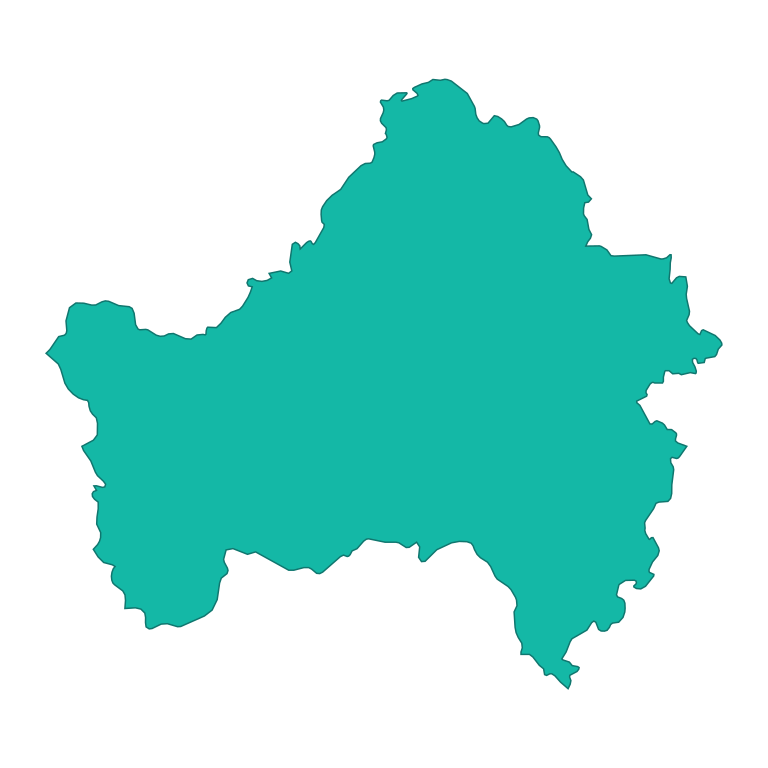 SVG path tracing the border of Bryansk
{"feature_id": "RUS-2342", "entity_name": "Bryansk", "entity_type": "Region", "adm_level": 1, "iso_a3": "RUS", "parent_name": "Russia", "parent_adm1": "", "projection": "orthographic", "projection_center": [33.801, 52.93], "detail": "fine", "context": "isolated", "style": "filled", "palette": "teal", "viewbox_px": 768, "rotation_deg": 0, "n_neighbors": 0, "source": "natural_earth", "source_scale": "10m", "svg_char_len": 6063}
<svg xmlns="http://www.w3.org/2000/svg" viewBox="0 0 768 768"><path d="M288.6,273.3L291.8,270.9L289.8,262.1L292.3,244.3L295.4,242.3L298.0,243.7L299.8,245.8L300.2,249.0L306.6,242.6L308.6,241.3L310.2,240.9L311.0,241.4L312.2,243.6L313.6,244.4L315.3,242.6L323.8,227.5L324.3,224.4L322.1,222.3L321.6,220.4L321.1,214.4L321.3,210.0L322.6,206.7L326.7,200.6L332.1,195.3L340.7,189.4L348.8,177.2L361.0,165.7L365.2,163.5L370.3,163.2L372.1,162.1L374.0,157.5L374.8,154.1L374.7,152.0L373.2,145.9L373.6,144.5L377.0,142.8L382.3,141.8L386.3,138.9L387.1,137.4L386.2,134.3L385.4,133.6L386.4,129.9L386.1,127.7L381.6,123.2L380.4,120.8L380.5,118.5L383.2,112.7L383.8,110.0L383.4,107.1L380.4,102.1L380.7,100.8L381.5,100.1L387.1,100.8L389.1,100.3L393.2,95.5L397.2,93.0L406.7,92.8L407.0,93.4L406.5,94.2L401.6,99.8L401.4,100.6L402.0,101.1L411.4,98.7L417.6,96.0L418.0,95.3L417.1,93.4L412.9,89.8L412.8,88.5L414.5,87.3L422.0,83.9L428.4,82.4L432.9,79.5L440.3,80.3L444.9,79.3L447.2,79.6L451.4,81.1L467.3,93.5L474.4,106.4L475.1,108.4L475.8,114.3L477.1,117.8L479.2,120.9L482.5,123.1L483.8,123.6L488.0,123.2L494.3,115.7L497.8,116.5L501.6,118.9L504.4,121.5L506.8,125.3L508.2,126.5L511.1,126.9L519.0,124.5L526.6,119.0L529.1,117.9L533.2,117.6L536.7,119.1L538.0,120.8L539.5,125.6L539.6,127.2L538.3,133.0L538.6,135.1L540.9,136.7L547.4,136.8L549.2,137.7L550.6,139.2L556.0,146.8L559.4,152.7L562.2,159.4L566.1,165.8L571.9,172.0L573.2,171.9L580.5,176.7L583.4,180.0L587.8,195.0L591.4,198.8L588.5,202.1L584.8,202.7L583.6,208.0L583.5,213.9L584.2,215.7L587.1,219.5L588.9,229.4L591.6,234.7L590.4,238.3L587.7,241.8L585.8,246.1L599.4,245.9L601.1,246.4L606.9,249.9L611.0,255.7L614.4,256.1L646.0,254.8L661.0,259.0L663.0,258.9L666.6,257.8L670.0,254.7L671.1,254.8L671.2,257.8L670.3,262.8L670.1,269.5L669.1,278.8L670.4,282.9L671.8,283.4L676.5,277.8L679.3,276.4L685.8,276.9L687.4,286.3L686.2,294.3L686.6,298.5L689.5,311.3L689.1,314.7L686.6,320.5L687.5,322.7L689.5,325.7L698.1,333.8L699.9,334.5L701.6,330.6L703.2,329.8L715.2,335.5L720.0,340.1L721.7,343.1L721.9,345.0L718.3,349.1L716.5,354.6L714.8,356.6L706.0,358.2L705.2,358.7L704.2,362.5L698.2,363.3L697.7,362.7L696.9,359.8L695.9,358.5L694.0,358.3L692.4,359.3L692.6,362.4L694.9,366.7L696.3,371.1L696.1,373.0L695.5,373.6L690.3,372.6L681.3,374.7L678.8,373.3L672.7,373.8L669.1,370.7L665.4,370.7L664.8,371.4L663.4,377.1L663.4,381.3L662.5,383.0L654.8,383.0L652.9,382.3L651.7,382.7L650.0,384.1L646.1,390.5L646.0,392.8L647.1,394.6L646.6,396.2L636.7,401.1L636.8,402.7L639.9,405.4L649.9,423.9L652.2,424.0L655.2,421.4L656.9,420.8L662.4,423.1L664.5,425.0L667.2,429.5L671.6,429.6L675.9,432.9L676.5,433.9L676.5,435.4L675.5,438.9L675.5,441.0L677.9,443.0L686.8,446.3L679.4,456.8L678.0,458.1L676.6,458.5L672.0,457.3L670.5,458.7L670.8,462.7L673.2,466.8L673.7,469.7L671.8,484.9L671.7,493.5L670.6,498.4L667.9,501.4L658.9,502.1L656.0,503.3L653.6,508.7L645.5,520.6L644.6,522.8L645.1,528.1L644.8,530.4L645.7,533.6L649.0,539.2L649.6,539.4L651.4,537.7L653.0,537.6L658.5,547.8L659.2,550.8L657.8,555.5L652.5,562.0L649.1,569.3L649.0,571.2L649.5,572.4L653.9,574.4L653.7,576.0L645.5,586.3L640.8,588.9L636.4,588.5L633.9,587.0L633.8,586.0L636.1,583.8L636.4,582.7L636.0,581.0L634.4,580.2L625.5,580.4L619.4,584.3L618.8,585.1L616.5,594.8L617.6,596.9L621.7,598.5L623.8,600.2L624.9,603.2L625.1,608.4L624.8,612.0L623.0,617.4L618.7,622.2L612.5,623.1L610.6,624.6L609.4,627.4L607.1,630.3L604.5,631.1L601.1,631.0L598.6,629.4L595.8,622.2L593.8,621.1L591.7,622.6L586.9,630.1L572.0,638.7L570.1,641.8L566.1,652.0L561.8,658.9L563.1,660.0L569.4,662.1L572.2,665.6L577.7,666.6L579.1,667.6L578.7,669.3L577.0,671.5L569.8,675.3L569.6,677.1L570.9,680.6L570.2,684.2L568.1,688.7L560.6,682.2L554.9,675.8L551.8,673.8L549.8,673.8L546.6,675.4L544.6,674.6L543.6,668.8L539.3,665.3L532.9,657.0L529.5,654.4L521.0,654.4L521.0,652.0L522.3,647.9L521.8,643.2L518.2,637.4L516.1,632.6L515.1,627.3L514.1,611.9L517.0,605.7L516.5,600.0L515.5,597.3L511.0,589.6L508.1,586.5L497.2,579.1L495.0,576.0L490.7,566.6L487.5,562.2L480.4,557.7L477.1,554.4L474.5,549.6L473.1,545.8L471.2,543.2L466.9,541.7L459.3,541.4L451.6,542.8L436.8,549.7L425.1,561.3L421.5,561.6L418.6,557.3L419.7,546.9L416.6,542.2L409.2,547.3L406.2,547.5L398.9,542.8L396.0,542.2L385.1,542.2L368.6,538.8L366.3,539.2L363.6,541.2L357.0,548.7L352.1,550.9L350.1,554.7L348.7,556.1L347.2,556.5L343.5,555.1L340.4,556.6L322.7,572.1L319.7,573.6L316.6,573.3L311.6,569.1L308.8,567.6L303.8,567.6L293.8,570.2L288.7,570.2L255.6,551.9L247.5,554.3L233.0,548.6L226.1,549.9L223.6,559.3L224.3,562.3L227.4,568.1L228.0,570.5L227.0,573.6L221.3,578.1L219.6,583.0L217.2,599.6L212.1,610.1L204.4,616.0L180.7,626.5L177.6,626.7L167.4,623.7L161.2,624.1L152.1,628.5L149.2,628.9L146.1,626.9L145.5,622.6L145.6,617.5L144.8,613.0L140.9,609.1L135.4,607.8L124.9,608.5L125.5,600.4L125.0,594.9L122.8,590.9L114.5,584.7L112.9,583.0L111.8,580.1L111.4,576.2L112.0,572.2L113.3,568.7L115.1,566.5L112.4,564.8L103.7,562.5L98.1,556.9L93.3,549.3L97.6,544.6L99.5,541.3L100.6,537.6L100.7,532.6L96.7,524.1L97.0,517.1L98.2,508.9L98.2,502.1L94.5,499.2L92.5,496.5L92.2,493.8L93.5,491.6L96.5,490.4L93.9,485.9L96.4,485.8L102.5,487.4L104.8,486.9L105.6,484.2L103.4,481.2L97.5,475.7L95.4,472.2L90.8,460.9L83.6,450.6L81.9,446.3L93.4,440.2L97.3,434.9L97.5,423.3L96.3,417.8L92.6,414.2L90.3,410.8L89.0,406.2L88.7,402.7L87.5,400.4L83.4,399.7L78.5,397.8L73.2,394.1L68.3,389.0L64.9,383.2L60.8,369.4L58.3,364.0L46.1,353.3L49.9,349.5L58.7,336.6L64.5,335.2L66.2,333.4L66.8,330.6L66.0,320.9L69.5,307.7L75.9,303.0L83.8,303.2L91.7,305.1L95.7,305.0L102.0,301.8L105.3,300.9L108.7,301.3L118.7,305.6L129.2,306.7L132.1,308.4L134.1,313.2L135.6,324.7L138.1,329.1L139.8,329.8L145.8,329.4L147.9,329.9L156.3,335.2L160.2,336.3L164.2,336.0L168.6,333.9L173.4,333.5L185.4,338.7L191.1,339.1L197.0,335.0L203.1,334.4L205.1,334.9L206.0,334.1L206.2,330.8L206.9,328.2L207.7,327.2L216.4,327.6L221.0,323.2L225.3,317.3L230.8,312.5L239.6,309.3L242.6,306.1L248.1,297.3L250.4,292.1L252.2,286.8L248.4,285.9L247.0,282.9L248.3,279.7L252.6,278.4L256.7,280.7L261.9,281.4L267.2,280.4L271.6,277.9L269.1,273.4L280.7,271.0L288.6,273.3Z" fill="#14b8a6" stroke="#0f766e" stroke-width="1.5"/></svg>